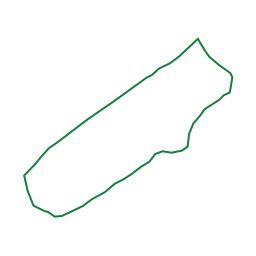 the district of Maneapa, Tuvalu, rotated 189°
{"feature_id": "33948139B65962219023050", "entity_name": "Maneapa", "entity_type": "district", "adm_level": 2, "iso_a3": "TUV", "parent_name": "Tuvalu", "parent_adm1": "", "projection": "robinson", "projection_center": [178.313, -8.027], "detail": "fine", "context": "isolated", "style": "outline", "palette": "green", "viewbox_px": 256, "rotation_deg": 189, "n_neighbors": 0, "source": "geoboundaries", "source_scale": "gbopen_adm2", "svg_char_len": 759}
<svg xmlns="http://www.w3.org/2000/svg" viewBox="0 0 256 256"><g transform="rotate(189 128 128)"><path d="M213.6,78.4L223.1,64.8L217.3,50.2L209.2,36.6L204.4,35.0L197.4,32.9L193.9,32.6L186.4,29.0L179.5,30.8L171.9,35.9L160.4,43.9L152.1,52.4L140.5,61.3L132.3,70.9L124.1,76.9L116.8,83.5L109.1,91.7L101.4,98.3L97.1,106.5L90.3,110.4L81.1,110.4L71.0,114.2L66.2,119.1L66.7,131.6L64.3,142.3L58.7,151.6L55.1,158.7L42.1,170.3L38.7,175.2L33.1,179.0L32.9,186.4L32.9,194.4L35.5,198.2L48.6,204.8L58.9,211.1L64.5,216.8L72.9,227.0L88.9,206.4L96.9,198.3L106.7,191.6L112.7,184.0L117.3,180.9L128.6,169.6L146.0,152.3L157.5,141.4L169.6,129.9L183.0,115.9L189.1,109.4L196.5,101.9L203.1,95.5L206.1,90.8L209.3,86.0L213.6,78.4Z" fill="none" stroke="#15803d" stroke-width="2"/></g></svg>